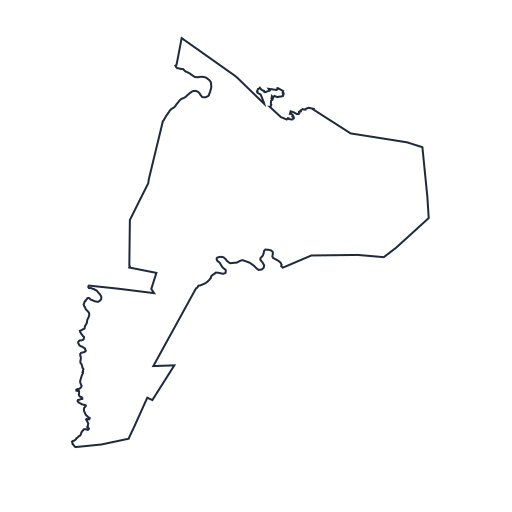 San Gabriel Mixtepec, Oaxaca, Mexico (Equal Earth projection), rotated 96°
{"feature_id": "50627088B96439239090131", "entity_name": "San Gabriel Mixtepec", "entity_type": "district", "adm_level": 2, "iso_a3": "MEX", "parent_name": "Mexico", "parent_adm1": "Oaxaca", "projection": "equal_earth", "projection_center": [-97.031, 16.061], "detail": "fine", "context": "isolated", "style": "outline", "palette": "slate", "viewbox_px": 512, "rotation_deg": 96, "n_neighbors": 0, "source": "geoboundaries", "source_scale": "gbopen_adm2", "svg_char_len": 6057}
<svg xmlns="http://www.w3.org/2000/svg" viewBox="0 0 512 512"><g transform="rotate(96 256 256)"><path d="M127.2,117.2L124.2,174.7L104.2,214.5L103.6,214.2L103.1,219.3L104.2,221.4L105.0,222.5L105.2,222.4L105.3,224.0L105.0,224.9L105.5,225.4L105.8,226.0L106.0,226.2L106.4,226.7L106.7,227.0L107.5,226.6L108.0,228.2L109.0,227.9L109.1,228.3L110.3,228.4L110.5,230.3L109.2,233.3L108.5,236.7L111.1,237.1L110.9,235.8L112.2,234.0L113.5,234.4L113.9,233.6L113.9,233.0L115.1,232.8L115.3,233.1L115.4,233.3L116.4,234.1L116.5,235.1L116.4,237.5L116.2,238.1L115.9,238.5L115.6,238.4L115.6,238.8L117.0,239.7L115.3,245.7L106.1,258.0L106.0,257.1L103.9,256.6L103.5,257.1L101.5,257.2L100.3,257.3L99.2,256.5L98.9,256.0L98.4,255.9L98.5,256.2L98.3,256.7L97.8,257.1L95.4,256.9L96.7,255.6L94.9,254.5L95.7,251.6L95.5,250.3L95.2,249.9L95.0,249.0L94.9,248.2L94.2,246.1L94.0,245.9L93.0,246.0L92.8,245.8L92.7,245.6L91.4,245.5L91.3,246.4L90.3,246.5L89.1,246.2L86.7,251.9L86.9,252.3L87.8,251.9L88.1,252.4L88.5,252.6L88.8,253.1L88.7,253.6L88.4,261.0L90.0,259.7L92.2,264.2L92.0,264.6L91.9,264.7L91.8,265.1L90.9,265.3L90.6,266.9L90.3,267.5L89.9,268.2L88.3,269.7L88.8,270.0L89.0,270.4L89.8,271.2L89.8,271.5L91.9,272.1L92.1,271.8L92.7,272.1L93.5,271.6L95.0,268.2L102.0,264.5L103.4,263.9L103.9,263.7L80.7,293.2L78.9,295.9L47.1,352.7L68.4,354.5L74.4,355.1L75.1,356.1L76.0,355.5L77.0,354.6L77.3,354.1L77.5,353.1L77.5,352.4L77.8,350.4L77.8,347.9L78.5,347.2L79.2,346.3L80.1,344.9L80.1,344.2L81.6,340.5L82.2,339.7L84.3,335.7L84.4,333.3L84.2,331.9L83.8,331.1L83.5,329.0L83.4,327.8L83.5,325.8L83.9,324.2L85.9,320.9L87.5,319.3L88.6,318.9L89.5,318.6L90.2,318.6L90.8,318.4L92.9,318.1L95.1,318.4L96.7,318.8L97.8,318.7L99.2,319.4L100.9,319.6L101.8,320.2L102.4,321.1L103.3,322.4L103.5,323.2L103.6,325.0L103.6,325.9L103.0,326.7L102.3,327.3L101.6,328.1L100.3,328.9L98.9,330.7L98.5,331.7L98.1,332.9L98.2,334.1L98.4,335.3L98.8,336.4L100.8,338.7L101.2,339.3L102.1,339.8L103.1,341.0L104.3,341.9L105.8,343.4L106.7,344.9L107.6,346.7L109.4,348.3L111.9,349.9L113.5,351.0L114.6,351.5L116.3,352.6L117.3,353.7L118.8,355.7L120.5,357.0L121.5,357.4L125.0,359.4L126.3,360.1L130.9,362.1L131.6,362.7L190.7,370.6L195.0,370.8L213.8,377.9L233.4,385.2L278.6,381.0L279.3,380.4L280.0,380.7L280.7,380.9L283.2,353.3L299.7,356.7L303.6,353.5L302.9,390.0L302.9,392.1L302.9,419.0L303.5,419.5L304.5,419.5L305.3,418.9L305.3,417.7L305.1,416.6L305.6,415.5L306.0,413.1L306.7,412.4L306.8,411.5L307.3,410.4L308.3,409.6L309.1,408.8L309.7,408.1L310.3,407.3L311.9,406.1L312.6,405.7L313.3,405.5L314.2,405.4L315.3,405.5L316.4,406.4L317.1,406.8L317.6,407.7L318.1,408.4L318.0,410.6L317.7,412.2L317.4,413.2L316.9,414.3L316.8,415.4L316.4,416.3L315.5,417.1L315.2,418.0L315.5,419.2L317.2,420.1L317.9,420.8L318.5,420.8L319.1,421.6L320.2,421.8L322.3,422.4L322.9,422.0L324.2,421.4L324.8,420.7L326.0,420.2L326.6,419.8L327.7,418.6L328.7,417.4L329.3,416.7L329.8,416.3L331.1,415.8L332.4,415.7L333.8,415.9L336.3,416.8L337.3,417.1L338.2,417.2L339.2,417.2L339.9,417.1L340.8,417.5L341.4,417.7L343.7,418.8L344.5,418.9L345.5,418.8L346.3,419.1L346.7,419.7L347.0,420.5L347.7,421.3L348.1,421.9L348.8,423.3L350.2,422.8L350.9,422.2L351.6,421.6L352.2,421.2L352.5,420.7L353.6,419.9L354.5,418.6L355.3,418.5L356.6,418.7L357.6,419.5L358.2,421.0L358.4,422.6L359.1,423.2L359.6,423.6L360.2,423.8L360.8,423.8L361.5,423.5L363.5,422.1L364.1,420.7L364.3,419.6L365.2,417.8L365.5,417.2L365.8,416.6L366.2,416.2L367.1,416.1L367.7,415.4L368.3,415.5L369.1,416.1L369.7,417.2L370.0,418.2L370.6,419.8L371.8,420.6L374.0,420.2L374.5,419.8L375.4,419.6L376.3,419.5L377.5,419.5L378.6,419.7L379.8,419.6L381.0,419.2L381.8,418.2L383.1,417.7L384.0,417.2L385.3,417.0L386.0,416.1L386.7,415.8L388.1,416.2L388.7,415.9L389.3,415.9L389.8,416.4L390.5,415.9L393.7,416.9L398.7,417.8L399.9,417.7L402.2,416.6L403.2,415.9L404.1,415.9L405.3,416.6L406.1,417.3L406.9,418.6L407.0,419.8L407.7,420.7L408.7,420.6L408.9,419.1L408.4,418.2L409.1,417.8L410.9,417.6L412.1,417.7L412.9,417.5L413.9,416.8L414.3,416.2L414.7,414.6L415.2,414.0L416.3,413.8L416.5,414.6L416.7,415.5L417.3,416.3L417.9,418.1L418.6,418.3L419.1,418.2L420.1,417.2L420.6,416.2L420.9,415.2L421.7,413.7L421.7,412.9L422.0,412.0L422.0,410.9L422.3,409.8L422.9,409.5L425.0,411.0L426.8,411.1L428.1,410.8L431.3,409.0L432.3,408.1L432.9,407.1L434.1,405.6L434.4,404.5L435.0,404.5L435.8,404.7L436.0,406.2L435.7,407.3L436.2,407.9L439.0,406.0L440.2,405.3L441.7,405.5L442.4,405.4L443.3,405.5L443.7,406.0L444.2,405.9L444.4,405.0L445.0,404.2L445.9,404.3L446.5,405.1L446.4,406.1L446.1,407.6L446.2,408.9L446.7,409.5L447.5,409.7L448.2,410.4L448.8,410.6L449.6,411.2L450.5,411.3L451.9,411.6L452.9,412.1L453.7,413.2L454.5,414.0L455.4,414.6L455.9,415.5L457.1,415.9L458.5,417.3L459.2,419.0L459.9,419.6L460.6,419.3L461.3,418.8L462.2,418.8L463.7,417.0L464.4,416.5L464.9,415.5L459.6,390.0L451.0,363.5L449.4,363.1L438.6,359.3L408.3,349.3L410.1,344.0L373.3,325.8L376.2,346.6L294.5,312.3L294.2,311.7L293.7,311.3L293.3,310.9L292.6,310.6L291.8,310.3L291.4,309.9L291.3,309.2L291.2,308.6L290.3,307.0L289.6,305.6L288.4,303.6L287.1,302.1L284.6,299.9L283.4,299.3L283.0,298.8L282.7,298.6L281.1,298.5L280.5,298.3L279.8,297.5L279.1,296.9L278.7,296.2L278.0,295.5L277.7,295.0L277.1,294.8L276.7,294.3L276.6,291.4L276.9,289.5L277.1,287.8L277.0,286.4L276.1,284.7L275.2,284.4L273.0,284.7L272.1,286.1L271.3,287.5L269.9,288.9L269.1,289.4L268.1,290.3L267.0,290.9L266.1,291.9L265.4,293.2L264.7,294.1L263.5,294.7L262.5,294.9L261.8,294.5L261.2,293.4L260.8,292.3L260.5,290.6L260.5,289.3L260.8,288.0L262.4,285.7L263.6,284.8L264.6,283.4L265.6,281.6L265.8,280.5L265.4,278.5L265.0,276.9L264.8,275.1L264.2,273.8L262.6,271.5L261.8,269.8L261.6,268.4L263.3,261.7L265.9,257.0L268.5,253.9L269.6,251.8L268.7,248.6L266.8,247.1L264.4,246.9L261.8,248.8L259.3,251.3L257.6,251.3L255.0,249.3L252.7,248.7L250.1,248.5L248.6,247.4L248.5,243.8L249.0,241.2L250.5,239.6L252.3,239.5L254.6,239.7L256.0,239.0L256.9,237.0L258.2,233.7L259.8,231.1L262.0,229.6L263.5,229.9L264.8,228.1L249.7,201.0L244.3,154.9L243.8,128.8L233.3,117.7L200.2,88.2L179.1,91.8L130.4,101.9L127.3,117.2L127.2,117.2Z" fill="none" stroke="#1e293b" stroke-width="2"/></g></svg>